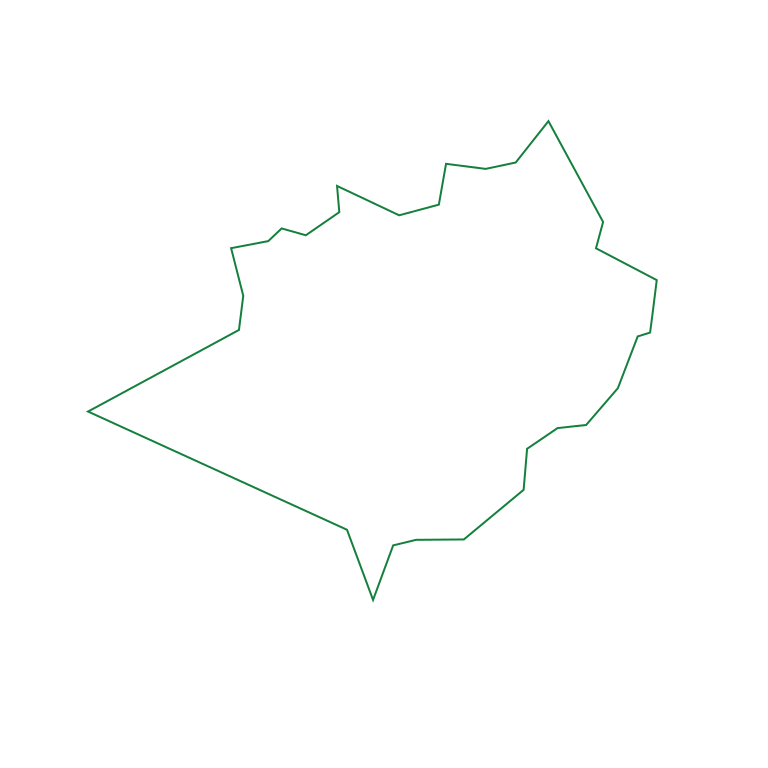 Koch, Unity, South Sudan (Natural Earth projection), rotated 343°
{"feature_id": "79223893B49077464819329", "entity_name": "Koch", "entity_type": "district", "adm_level": 2, "iso_a3": "SSD", "parent_name": "South Sudan", "parent_adm1": "Unity", "projection": "natural_earth1", "projection_center": [29.924, 8.602], "detail": "fine", "context": "isolated", "style": "outline", "palette": "green", "viewbox_px": 768, "rotation_deg": 343, "n_neighbors": 0, "source": "geoboundaries", "source_scale": "gbopen_adm2", "svg_char_len": 549}
<svg xmlns="http://www.w3.org/2000/svg" viewBox="0 0 768 768"><g transform="rotate(343 384 384)"><path d="M653.5,412.6L660.6,397.0L675.2,364.4L626.4,316.2L640.9,293.1L618.1,180.7L574.7,210.7L544.1,208.0L507.7,191.6L488.9,228.5L447.8,227.1L397.0,180.9L391.5,206.6L352.7,218.9L331.6,205.3L315.1,213.5L277.5,209.4L275.2,258.5L261.1,289.9L92.9,323.8L306.0,512.6L310.4,587.3L345.6,541.0L369.1,542.4L414.9,556.0L486.6,526.0L501.9,487.8L537.1,476.9L565.3,482.3L606.4,456.4L640.5,412.7L653.5,412.6Z" fill="none" stroke="#15803d" stroke-width="2"/></g></svg>